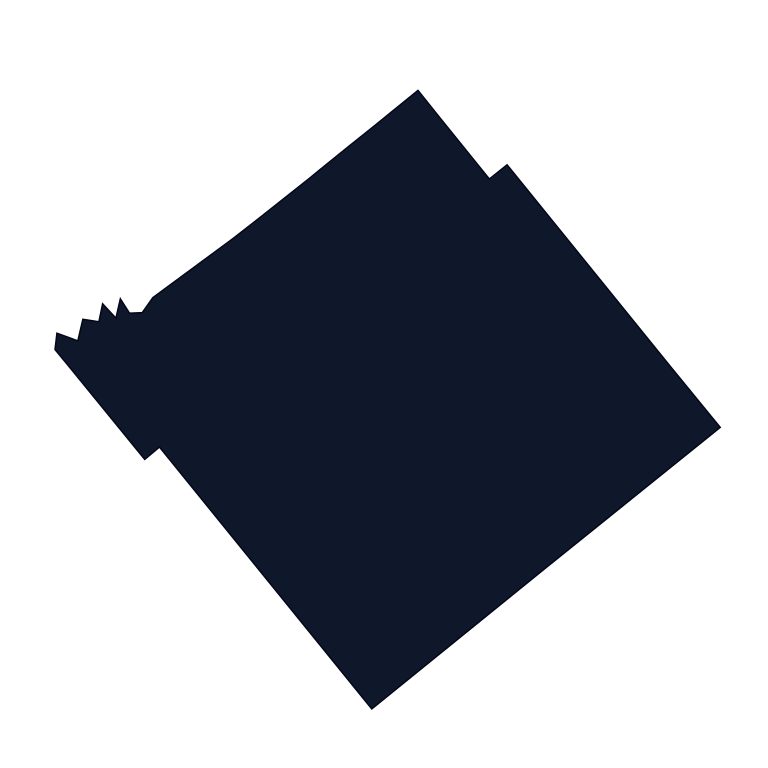 outline of Polk, Iowa, United States of America, rotated 141°
{"feature_id": "52423323B92251381588523", "entity_name": "Polk", "entity_type": "district", "adm_level": 2, "iso_a3": "USA", "parent_name": "United States of America", "parent_adm1": "Iowa", "projection": "albers", "projection_center": [-93.57, 41.673], "detail": "fine", "context": "isolated", "style": "filled", "palette": "ink", "viewbox_px": 768, "rotation_deg": 141, "n_neighbors": 0, "source": "geoboundaries", "source_scale": "gbopen_adm2", "svg_char_len": 579}
<svg xmlns="http://www.w3.org/2000/svg" viewBox="0 0 768 768"><g transform="rotate(141 384 384)"><path d="M262.7,139.0L150.0,138.7L150.4,215.1L150.4,435.1L150.4,458.4L150.4,476.9L173.1,477.0L173.1,497.6L173.0,563.2L172.8,590.8L229.3,590.7L261.9,590.9L299.3,590.9L313.1,590.8L378.2,591.5L410.2,592.1L509.3,596.6L527.0,591.6L537.2,599.2L535.3,616.1L550.9,603.9L552.2,623.4L566.4,611.8L577.3,623.8L594.8,610.2L606.2,629.3L618.0,617.8L617.8,596.0L617.4,476.0L598.2,476.3L598.0,139.2L374.9,139.3L272.3,139.0L262.7,139.0Z" fill="#0f172a" stroke="#020617" stroke-width="1.5"/></g></svg>